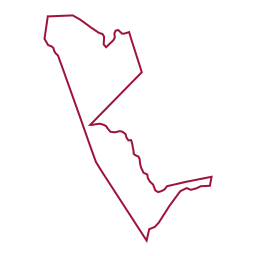 Calumbi, Pernambuco, Brazil
{"feature_id": "56859067B78601657287504", "entity_name": "Calumbi", "entity_type": "district", "adm_level": 2, "iso_a3": "BRA", "parent_name": "Brazil", "parent_adm1": "Pernambuco", "projection": "equal_earth", "projection_center": [-38.061, -8.019], "detail": "fine", "context": "isolated", "style": "outline", "palette": "rose", "viewbox_px": 256, "rotation_deg": 0, "n_neighbors": 0, "source": "geoboundaries", "source_scale": "gbopen_adm2", "svg_char_len": 1142}
<svg xmlns="http://www.w3.org/2000/svg" viewBox="0 0 256 256"><path d="M211.5,176.8L186.6,181.7L167.0,186.2L164.7,189.3L161.8,191.0L158.1,192.1L155.3,190.4L153.1,184.6L149.9,181.6L147.8,178.0L147.3,174.5L143.5,172.7L141.1,167.6L140.2,164.3L139.6,158.9L138.4,156.5L136.0,155.6L133.7,153.9L133.5,150.6L132.9,147.9L132.2,143.7L131.1,140.1L128.4,140.4L126.4,137.4L125.5,134.0L122.0,131.5L119.5,131.2L114.9,132.3L110.4,131.8L108.0,128.9L106.1,126.1L103.6,124.8L99.9,123.7L96.9,124.1L94.7,124.4L92.5,124.9L90.2,124.9L103.0,111.8L106.2,108.6L108.4,106.3L141.8,72.2L131.3,39.4L129.1,32.1L124.8,33.5L122.1,33.7L118.2,30.0L115.6,30.7L114.4,33.5L114.8,37.7L113.3,40.3L106.1,47.2L103.7,44.5L104.1,36.7L102.4,33.9L99.1,33.0L91.0,27.5L79.7,19.3L72.7,15.4L55.3,16.1L50.4,16.3L47.8,16.3L44.5,38.8L48.1,45.1L51.4,46.3L53.4,48.0L54.2,50.9L55.6,53.3L58.0,55.5L63.3,70.2L82.2,123.2L83.8,127.9L91.3,149.2L96.0,162.1L102.2,172.1L121.0,201.1L146.6,240.6L149.2,229.2L154.8,226.9L158.8,222.6L169.7,205.5L172.1,202.3L178.1,194.1L180.3,191.2L186.6,188.1L190.9,189.8L196.5,188.3L200.9,186.2L209.9,185.8L211.5,176.8Z" fill="none" stroke="#9f1239" stroke-width="2"/></svg>